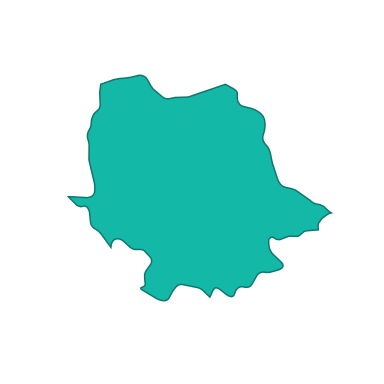 an SVG outline of `Asir, rotated 299°
{"feature_id": "SAU-886", "entity_name": "`Asir", "entity_type": "Region", "adm_level": 1, "iso_a3": "SAU", "parent_name": "Saudi Arabia", "parent_adm1": "", "projection": "albers", "projection_center": [42.804, 19.207], "detail": "fine", "context": "isolated", "style": "filled", "palette": "teal", "viewbox_px": 384, "rotation_deg": 299, "n_neighbors": 0, "source": "natural_earth", "source_scale": "10m", "svg_char_len": 3041}
<svg xmlns="http://www.w3.org/2000/svg" viewBox="0 0 384 384"><g transform="rotate(299 192 192)"><path d="M241.3,324.0L239.9,322.5L236.9,320.7L231.6,318.4L230.5,318.2L228.0,318.1L226.7,317.8L225.2,318.0L223.6,318.6L220.1,320.8L214.2,311.9L213.0,310.3L211.5,309.1L206.1,307.1L204.7,306.1L203.7,304.7L201.4,300.0L200.4,298.4L198.6,296.6L193.1,292.1L192.0,290.2L191.5,288.4L191.7,285.3L191.4,283.9L190.4,282.8L187.7,282.2L187.1,282.4L183.8,284.3L180.8,286.5L179.6,287.8L178.6,289.2L177.0,292.2L173.8,304.5L173.2,305.9L172.2,307.0L170.9,307.6L169.4,307.6L167.8,306.9L166.1,305.7L159.4,298.9L158.2,297.0L157.4,295.3L156.8,293.8L155.9,292.2L154.6,290.8L152.6,289.7L150.9,289.3L139.7,289.1L138.1,288.7L136.6,287.9L135.1,286.0L134.4,284.5L133.5,281.8L133.0,281.0L132.0,279.8L130.1,278.7L128.4,278.2L126.9,278.1L122.1,278.7L120.8,278.4L119.6,277.3L119.0,275.2L118.9,273.5L119.0,271.8L120.5,262.9L120.4,261.3L120.1,260.0L119.4,258.8L116.7,258.0L108.7,258.6L111.2,249.2L111.5,247.0L111.5,245.1L111.0,242.9L106.3,228.1L105.5,226.6L104.3,225.4L102.9,224.6L101.5,224.1L98.5,223.5L95.4,223.2L87.7,223.3L86.3,222.9L84.9,222.1L83.7,220.8L82.9,219.4L82.4,217.8L82.0,216.3L81.6,213.2L82.2,195.8L82.5,194.4L83.1,193.7L84.2,194.3L85.4,195.2L86.8,196.0L88.2,196.0L89.5,195.3L93.1,192.7L96.2,190.9L97.8,190.3L99.3,190.1L100.9,190.0L108.7,190.9L109.6,190.9L110.7,190.7L112.1,190.1L113.4,189.2L114.4,187.9L115.0,186.4L117.5,178.8L117.5,177.0L117.0,175.2L114.1,170.1L113.7,168.6L113.5,166.6L113.6,164.9L115.9,155.2L116.0,153.7L115.9,152.2L115.5,150.6L114.7,149.1L113.6,147.8L112.7,147.2L111.7,146.7L110.4,146.5L107.4,146.6L104.3,147.9L111.4,132.5L112.5,128.8L112.9,123.5L113.5,121.5L114.6,119.5L116.1,118.1L124.4,112.3L125.9,110.9L127.5,108.6L128.0,106.8L127.8,105.0L126.9,103.7L125.2,101.9L124.7,99.6L124.6,97.7L127.9,86.2L129.2,88.4L136.3,103.2L137.5,104.6L138.8,105.8L140.2,106.7L141.8,107.2L143.8,107.1L146.1,106.3L149.9,104.2L152.3,102.5L170.0,86.4L183.8,78.9L185.8,77.3L188.5,74.5L190.2,73.4L192.2,72.5L194.7,72.0L199.0,71.9L200.1,71.7L201.5,71.3L205.7,69.4L208.0,68.8L211.0,68.4L213.0,68.5L214.8,68.9L219.3,70.4L221.3,70.3L223.7,69.5L234.6,62.9L242.0,60.0L252.3,69.1L256.1,73.6L258.4,77.2L262.5,82.7L268.4,89.1L269.3,90.8L269.7,92.4L269.9,93.8L269.9,95.2L269.8,95.5L269.3,97.1L268.7,98.4L264.7,104.9L263.3,107.8L260.7,120.6L260.7,122.4L261.2,124.8L262.3,126.6L266.4,131.3L273.2,142.6L301.1,167.9L302.3,168.8L302.4,178.2L302.1,180.6L301.6,182.3L300.9,183.2L299.8,184.1L295.2,186.6L293.6,188.1L291.9,190.8L291.4,192.8L291.5,194.6L294.0,204.0L294.4,207.3L294.4,209.9L294.2,212.7L293.7,214.8L293.0,216.6L292.2,218.1L291.1,219.5L289.8,220.8L286.7,223.0L283.5,224.6L280.4,225.7L275.5,226.8L273.9,227.5L272.2,228.6L270.7,230.3L269.7,232.1L268.1,236.2L267.2,237.7L266.4,239.0L264.2,241.4L256.3,248.2L244.9,260.4L243.1,262.8L241.7,265.5L241.1,267.6L241.0,269.5L241.7,272.8L242.8,276.1L243.5,279.1L243.8,282.2L242.0,298.8L241.4,301.8L241.3,303.8L241.5,305.6L243.0,310.2L243.2,314.2L241.3,321.7L241.3,324.0Z" fill="#14b8a6" stroke="#0f766e" stroke-width="1.5"/></g></svg>